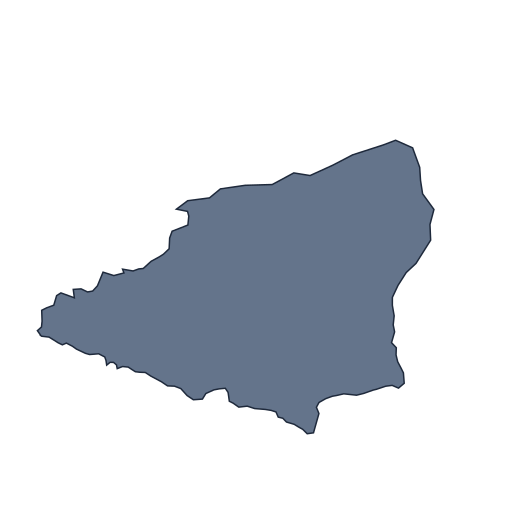 the district of Chloraka, Paphos, Cyprus, rotated 290°
{"feature_id": "46923920B26548311367077", "entity_name": "Chloraka", "entity_type": "district", "adm_level": 2, "iso_a3": "CYP", "parent_name": "Cyprus", "parent_adm1": "Paphos", "projection": "equal_earth", "projection_center": [32.401, 34.799], "detail": "fine", "context": "isolated", "style": "filled", "palette": "slate", "viewbox_px": 512, "rotation_deg": 290, "n_neighbors": 0, "source": "geoboundaries", "source_scale": "gbopen_adm2", "svg_char_len": 1796}
<svg xmlns="http://www.w3.org/2000/svg" viewBox="0 0 512 512"><g transform="rotate(290 256 256)"><path d="M108.0,79.8L107.3,82.0L109.0,89.2L107.9,94.6L106.8,99.6L106.3,104.4L109.3,107.6L108.4,114.5L107.1,119.1L106.2,128.9L106.5,133.3L110.3,141.6L109.4,148.4L106.5,150.8L102.4,153.0L106.2,155.3L107.3,158.5L106.0,162.1L102.7,164.1L106.5,168.4L107.9,173.9L107.0,177.7L106.0,182.2L107.0,186.5L108.7,191.8L107.1,198.6L105.5,210.1L103.7,217.3L105.8,223.9L105.7,230.7L101.3,239.0L99.5,246.3L103.2,254.6L109.6,255.9L115.8,262.2L118.6,266.9L121.2,272.4L118.3,276.4L114.2,278.6L110.4,280.6L109.9,284.8L108.1,291.5L111.9,299.1L112.2,307.0L115.0,317.2L116.1,323.0L116.3,328.1L112.2,332.0L112.7,336.7L110.4,341.4L110.9,349.4L109.9,354.3L109.1,359.2L106.5,364.9L109.5,370.5L129.5,369.0L134.5,364.5L139.9,365.3L145.8,370.3L150.4,375.8L152.4,379.3L156.5,385.6L159.6,398.1L163.7,404.2L170.1,412.0L171.9,414.7L178.0,422.4L181.0,428.2L180.6,435.1L187.1,438.8L196.6,434.5L200.3,430.6L205.1,425.3L211.0,421.4L217.8,419.2L220.9,413.0L232.1,412.2L238.2,408.5L247.0,406.3L256.3,401.0L263.8,398.3L277.0,399.5L291.8,402.8L303.8,408.9L330.6,414.7L345.1,408.7L360.6,407.3L371.4,391.3L383.2,384.8L395.3,379.5L408.4,368.5L411.2,366.2L412.5,347.6L403.8,337.5L384.1,312.2L367.5,297.0L350.1,279.3L347.0,263.1L328.7,246.8L318.7,221.6L306.9,199.6L294.7,192.4L284.6,172.9L272.8,165.2L274.5,176.4L270.5,179.2L261.8,181.4L250.6,168.7L243.4,168.7L233.1,171.9L226.0,168.4L222.0,165.3L215.2,159.3L205.7,154.3L203.8,150.3L199.9,145.6L198.0,135.1L194.9,137.7L189.0,129.1L188.5,117.8L173.7,117.2L167.2,114.5L164.6,110.0L165.3,102.9L162.1,95.7L154.6,99.6L154.6,95.1L154.6,85.3L150.6,82.2L140.6,82.8L135.8,77.1L131.7,73.2L121.5,77.3L115.9,78.7L111.1,76.1L108.1,80.4L108.0,79.8Z" fill="#64748b" stroke="#1e293b" stroke-width="1.5"/></g></svg>